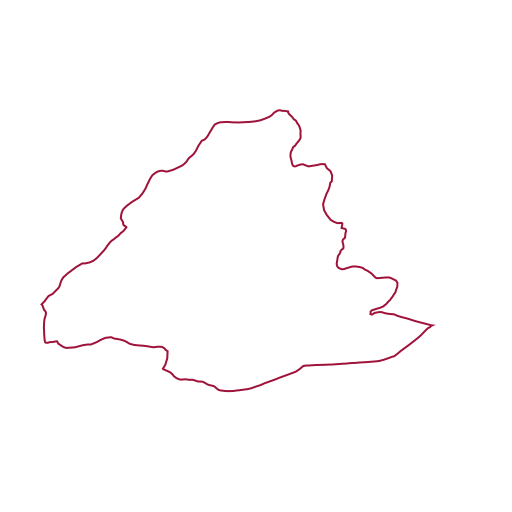 Pakpak Bharat, Sumatera Utara, Indonesia (Mercator projection), rotated 288°
{"feature_id": "22746128B12751431115951", "entity_name": "Pakpak Bharat", "entity_type": "district", "adm_level": 2, "iso_a3": "IDN", "parent_name": "Indonesia", "parent_adm1": "Sumatera Utara", "projection": "mercator", "projection_center": [98.235, 2.53], "detail": "fine", "context": "isolated", "style": "outline", "palette": "rose", "viewbox_px": 512, "rotation_deg": 288, "n_neighbors": 0, "source": "geoboundaries", "source_scale": "gbopen_adm2", "svg_char_len": 5999}
<svg xmlns="http://www.w3.org/2000/svg" viewBox="0 0 512 512"><g transform="rotate(288 256 256)"><path d="M202.6,417.1L203.1,418.2L206.3,420.5L210.1,422.8L219.2,429.3L228.1,435.3L231.5,437.3L236.9,439.9L240.2,441.6L242.3,443.6L242.6,443.7L243.4,443.9L244.4,445.0L244.3,444.5L244.2,442.5L243.6,432.5L243.3,427.2L243.3,422.0L243.2,417.6L242.9,413.9L242.8,408.9L243.2,405.3L242.2,401.1L242.0,400.2L241.7,398.1L241.4,395.7L241.5,393.5L241.0,391.1L239.7,388.5L238.6,386.5L237.3,385.4L236.1,384.3L236.1,382.8L238.6,382.2L240.2,383.0L241.3,384.6L243.2,387.2L244.7,389.5L247.1,392.4L249.1,393.7L250.4,394.6L251.9,395.3L253.3,395.8L255.8,397.2L257.5,397.6L258.6,398.1L259.7,398.5L262.5,399.1L264.4,399.8L267.1,399.7L270.1,399.9L271.3,399.6L273.3,399.1L274.3,398.7L275.9,396.7L276.7,391.3L276.7,389.4L276.5,388.4L275.4,385.4L273.6,381.2L272.9,379.6L272.5,378.4L272.2,377.6L272.3,376.7L272.7,375.7L274.1,373.0L275.1,371.1L275.8,368.6L276.4,366.7L276.7,364.0L277.2,362.3L277.6,361.6L277.6,358.6L277.2,355.9L276.7,353.3L276.1,352.0L275.7,350.8L274.6,349.1L272.4,345.9L270.8,343.8L270.0,342.0L269.9,340.9L270.2,338.3L270.9,336.9L271.9,336.0L273.6,335.1L276.4,334.7L280.0,334.1L281.4,334.0L282.9,334.5L284.3,334.9L285.8,335.1L286.6,334.8L288.1,335.3L289.6,336.3L290.1,336.7L291.4,336.5L293.2,335.8L296.4,333.8L297.4,333.6L298.7,333.7L300.1,334.6L300.9,335.0L304.2,334.3L305.3,334.0L307.6,334.0L309.1,333.0L309.3,332.5L309.2,330.1L309.0,328.8L311.3,328.4L312.6,328.3L313.7,328.0L313.9,327.3L312.4,323.2L312.5,320.8L312.6,319.4L313.0,317.8L313.3,316.2L313.5,315.7L317.0,310.5L320.6,306.6L325.9,303.8L330.4,303.6L336.7,303.8L340.7,304.4L344.1,304.6L348.7,304.0L350.4,305.0L356.1,303.6L359.7,300.6L361.4,296.3L364.6,293.1L363.4,289.2L361.2,285.6L359.6,282.5L358.4,280.0L357.5,278.5L357.5,276.1L357.6,274.3L357.8,272.5L356.9,270.3L355.2,267.9L354.8,267.3L353.6,266.1L353.1,264.9L353.2,263.5L353.4,263.3L353.8,262.8L354.7,262.0L356.7,260.8L356.8,260.8L357.1,260.6L359.9,258.9L360.6,258.3L363.2,257.4L364.9,257.1L366.3,257.1L368.0,257.5L370.5,257.6L371.7,258.0L372.3,258.7L373.3,259.2L375.2,259.7L379.1,261.3L380.9,261.8L382.6,261.8L386.0,260.5L388.2,259.9L389.8,259.3L391.6,257.9L392.0,257.7L392.8,257.1L394.1,255.6L395.1,254.1L396.2,253.1L397.2,251.8L397.8,249.6L398.7,248.4L399.3,247.6L399.8,246.7L400.5,245.1L401.3,243.5L401.4,243.3L402.4,242.3L403.4,241.9L403.0,239.3L402.6,237.3L402.2,236.3L402.0,233.7L401.3,232.1L399.9,230.6L398.4,229.3L396.9,228.4L394.7,227.4L393.1,226.2L390.4,223.3L388.4,220.8L386.2,217.9L383.7,213.4L381.5,208.4L379.4,202.9L377.8,198.7L376.2,193.6L374.5,186.8L372.0,180.5L370.1,177.9L368.2,176.1L364.8,175.1L361.6,174.4L359.3,173.8L357.1,173.4L354.6,172.8L352.2,171.8L350.9,171.1L349.8,170.0L348.9,168.8L346.3,168.1L343.2,167.2L340.6,166.8L337.5,166.3L334.1,165.3L332.6,164.6L331.0,163.6L328.5,162.0L326.1,161.2L324.3,160.8L321.1,159.1L319.1,157.7L316.9,155.4L312.4,150.6L310.7,148.1L309.3,146.1L308.7,144.9L308.4,143.7L308.3,141.3L307.8,139.5L306.6,137.4L305.3,135.7L302.1,133.3L300.5,132.4L298.8,131.9L296.5,131.4L294.5,131.1L289.8,130.4L286.8,130.2L283.1,129.4L280.2,128.6L276.0,126.9L275.1,126.5L272.0,123.8L270.1,122.2L267.9,120.4L266.3,119.4L264.3,117.9L260.2,115.6L258.3,115.1L256.1,114.9L253.9,115.0L250.0,115.8L247.0,119.2L245.7,119.6L244.4,120.6L243.9,122.6L243.6,123.6L243.2,123.9L242.3,123.5L241.1,123.1L239.2,122.4L237.8,121.6L236.2,120.4L232.5,118.7L230.2,117.0L227.6,115.3L226.1,114.1L224.1,113.0L221.2,111.9L218.7,111.1L216.1,110.4L214.1,109.6L211.7,108.5L205.3,105.5L203.1,104.1L201.0,102.6L200.3,101.7L198.9,100.3L198.4,99.6L196.3,96.1L195.2,93.0L190.2,88.6L186.4,85.9L181.1,82.2L176.3,79.4L173.4,78.6L171.1,78.4L166.9,78.5L165.5,78.3L164.2,77.9L161.7,76.6L157.0,74.2L155.5,72.7L153.9,71.1L151.0,70.0L149.6,69.6L147.0,68.7L146.2,68.2L143.7,67.0L143.4,67.6L142.6,68.5L141.5,69.4L140.8,69.8L140.0,70.6L139.3,71.0L138.9,71.9L138.3,72.8L137.4,73.6L136.2,74.1L135.1,74.2L133.0,74.3L131.6,74.3L130.2,74.4L127.9,74.9L126.1,75.3L124.8,75.8L123.7,76.0L121.5,76.7L119.1,77.7L116.7,78.5L112.3,80.3L110.0,81.3L109.0,81.9L108.6,82.7L108.8,83.7L109.1,84.8L110.1,86.1L110.7,87.3L111.0,88.4L111.9,90.2L112.9,92.0L113.4,93.1L112.0,94.6L111.5,95.2L111.1,96.7L110.7,98.2L110.2,99.6L109.9,101.8L109.9,102.8L109.9,103.3L110.1,104.2L110.4,105.2L111.6,108.1L112.6,110.6L113.5,112.5L116.7,117.4L118.0,119.5L118.8,121.2L119.3,122.3L119.6,122.7L120.2,124.3L120.4,125.4L121.3,126.9L123.9,130.0L125.2,131.5L127.4,133.4L129.5,135.6L130.7,137.0L131.6,138.1L132.7,140.3L132.8,140.6L133.6,142.4L134.0,143.4L134.0,143.8L133.7,146.0L133.8,147.7L134.2,149.5L134.3,150.8L134.6,152.6L134.7,155.3L134.7,156.8L134.4,158.9L134.1,160.5L133.6,162.2L133.5,163.9L133.6,165.6L133.8,167.7L134.5,171.1L135.3,174.5L135.9,176.7L136.2,178.5L136.4,179.5L137.5,186.7L139.4,190.7L140.5,194.4L140.2,196.2L139.7,197.9L138.8,198.9L138.2,201.3L131.4,203.2L124.8,203.4L120.0,202.3L119.7,203.0L118.9,210.1L117.8,212.9L116.3,215.1L115.3,218.0L115.0,220.9L115.2,222.7L117.1,227.4L117.3,228.9L117.6,230.8L118.6,233.7L118.8,235.4L118.7,238.0L118.8,239.8L119.9,243.8L119.8,245.4L118.9,249.5L118.8,251.1L119.1,254.2L119.2,255.9L118.8,257.6L118.1,258.9L117.1,261.7L117.2,264.0L117.7,266.3L118.0,268.1L118.3,269.3L118.6,270.1L118.7,270.8L119.8,273.9L120.5,275.9L121.8,278.5L123.0,281.1L122.7,280.8L123.9,283.0L124.0,283.2L124.6,284.7L125.2,285.7L126.0,287.5L126.4,288.4L127.0,289.5L128.9,292.6L131.0,295.2L132.4,297.1L134.3,299.8L137.8,303.7L139.4,305.8L139.9,306.6L141.1,307.9L141.3,308.2L142.4,309.7L144.2,312.0L147.7,316.2L150.5,319.8L152.8,322.7L154.5,324.9L156.6,327.5L158.4,329.7L161.6,332.2L164.9,334.3L166.2,335.1L166.8,336.4L166.7,336.4L167.2,337.3L167.9,339.2L168.8,341.6L171.0,347.1L172.3,350.8L173.6,354.5L174.7,357.5L174.9,357.8L176.0,361.1L177.8,365.6L180.2,371.4L181.3,374.4L182.7,377.5L184.3,381.4L185.4,384.5L185.7,385.1L185.9,385.4L189.2,393.8L192.1,400.8L193.5,404.1L194.0,404.9L194.0,405.2L194.7,406.4L195.5,407.5L196.8,409.6L197.8,410.9L198.3,411.6L202.6,417.1Z" fill="none" stroke="#9f1239" stroke-width="2"/></g></svg>